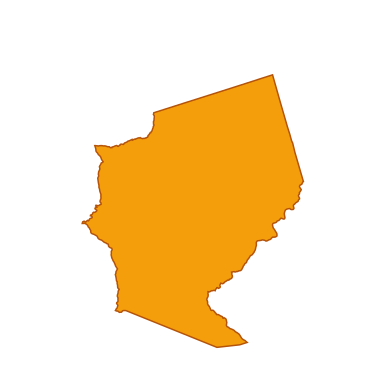 Rondon do Pará, Pará, Brazil (Albers equal-area conic projection), rotated 292°
{"feature_id": "56859067B15307403592374", "entity_name": "Rondon do Pará", "entity_type": "district", "adm_level": 2, "iso_a3": "BRA", "parent_name": "Brazil", "parent_adm1": "Pará", "projection": "albers", "projection_center": [-48.579, -4.482], "detail": "fine", "context": "isolated", "style": "filled", "palette": "amber", "viewbox_px": 384, "rotation_deg": 292, "n_neighbors": 0, "source": "geoboundaries", "source_scale": "gbopen_adm2", "svg_char_len": 5998}
<svg xmlns="http://www.w3.org/2000/svg" viewBox="0 0 384 384"><g transform="rotate(292 192 192)"><path d="M243.4,291.4L262.3,276.5L267.0,272.8L267.8,272.2L275.1,267.0L276.6,265.3L282.6,260.7L288.0,256.2L308.5,240.1L330.8,222.8L323.5,214.0L308.7,196.3L251.2,126.9L250.4,127.1L249.5,127.1L249.0,127.7L248.7,128.4L248.1,128.7L246.3,129.3L245.5,129.4L244.8,129.8L243.9,130.0L243.1,129.8L242.5,130.2L241.7,130.3L241.1,130.7L240.4,130.9L240.1,131.5L239.2,131.8L238.5,131.5L237.7,131.7L237.0,131.9L236.3,131.8L233.7,132.0L232.2,131.5L231.5,131.6L231.0,130.9L230.3,130.8L229.4,130.8L228.1,130.2L227.3,130.1L226.8,130.4L226.1,130.2L225.6,129.6L224.9,129.2L224.7,128.6L224.0,128.2L223.8,127.4L223.0,126.2L222.9,125.4L222.8,124.4L223.0,123.5L222.4,123.1L222.3,122.4L221.4,121.2L220.7,120.7L220.4,120.1L219.7,119.7L219.5,118.9L217.7,117.3L218.3,116.7L217.7,116.4L217.3,115.8L216.7,115.3L216.1,114.8L215.2,113.6L214.6,113.2L213.8,112.9L213.4,112.3L212.8,111.9L212.3,111.2L211.5,110.8L210.8,110.8L210.3,110.4L210.1,109.0L209.7,108.1L209.1,107.6L208.4,107.7L208.0,107.2L207.3,106.9L206.7,106.5L206.5,105.8L206.9,105.2L206.8,104.5L205.4,102.9L204.7,102.4L203.8,101.1L203.1,101.1L202.9,100.3L202.5,99.7L203.0,98.3L202.4,96.9L202.3,94.7L202.0,93.6L201.6,92.8L201.4,92.0L201.3,91.2L200.4,89.1L199.5,87.8L199.4,87.0L199.1,86.3L199.0,85.5L198.6,84.5L197.4,85.5L196.4,86.3L195.5,86.9L194.4,87.4L193.6,88.0L193.1,89.0L192.6,90.0L192.1,90.5L191.6,91.3L190.8,93.4L190.2,94.3L188.1,96.1L187.4,97.4L186.7,98.3L185.8,97.9L185.0,97.0L183.2,97.0L181.8,96.7L180.7,96.7L179.2,97.8L178.2,98.0L175.7,97.9L174.2,98.3L173.2,98.6L172.7,99.1L171.6,99.5L169.6,99.4L165.4,101.8L163.4,103.2L161.4,104.0L160.3,105.0L158.3,106.2L156.4,107.8L155.6,108.5L153.9,109.1L152.7,109.7L151.5,110.1L149.9,110.0L148.9,110.2L148.1,110.8L147.7,111.8L146.4,112.3L145.4,111.2L144.6,110.8L144.0,109.7L143.8,108.0L142.9,107.9L142.3,109.5L140.9,108.2L140.1,108.3L139.4,110.6L138.7,110.7L137.8,110.3L137.3,109.9L136.7,109.4L136.3,108.2L135.6,107.9L134.3,108.0L133.1,107.3L132.6,106.6L131.9,106.7L132.0,107.8L131.8,108.5L131.1,108.9L130.3,108.8L129.9,108.2L129.0,107.3L128.1,107.1L127.2,107.1L126.4,106.6L126.7,106.0L125.6,105.2L124.7,105.0L124.2,104.4L124.6,103.3L124.3,102.6L123.5,101.9L122.6,101.9L121.7,102.0L122.2,103.2L122.7,104.0L122.6,106.1L122.0,107.7L120.8,108.8L120.5,109.7L119.8,110.7L119.3,111.2L118.4,112.5L117.2,113.0L116.7,113.3L116.1,114.0L115.9,114.9L116.0,117.0L115.6,120.3L115.0,121.1L114.3,121.8L113.8,122.5L113.5,123.4L113.4,124.2L113.5,126.3L113.1,127.6L112.5,129.4L112.5,130.5L112.5,131.5L112.2,132.4L112.3,133.7L111.9,134.2L111.2,134.5L110.6,134.9L110.0,135.8L109.8,136.4L109.7,138.7L109.1,139.2L108.5,139.6L106.7,139.4L104.7,140.3L104.0,140.4L103.2,140.7L102.6,141.2L101.6,141.8L100.4,142.8L100.0,143.4L98.9,144.4L98.1,145.4L97.6,146.3L96.5,147.2L96.1,147.8L94.8,148.8L93.4,150.8L92.8,151.7L90.9,151.5L89.3,151.4L88.2,151.9L86.8,151.8L85.3,152.9L83.8,153.9L81.3,155.3L80.8,156.2L78.8,157.0L78.1,157.7L75.7,158.8L75.1,159.4L74.5,160.9L72.5,160.7L71.7,160.9L70.6,161.3L68.5,161.4L67.2,161.9L66.7,162.4L66.2,163.0L64.3,163.7L63.2,164.3L62.4,164.3L61.3,163.7L60.3,163.9L59.6,165.2L59.1,165.7L57.5,165.9L56.7,166.0L56.0,165.9L55.1,165.5L54.1,165.5L53.4,165.4L53.4,166.7L53.7,167.4L53.7,168.2L53.2,169.7L54.2,171.7L55.8,172.1L56.3,172.7L57.0,174.2L57.3,175.2L57.3,196.3L57.3,215.6L57.3,273.3L68.2,293.5L73.2,299.5L73.5,298.5L74.1,297.0L74.4,294.5L74.6,293.7L75.2,292.6L77.7,289.2L78.0,288.3L78.4,286.8L78.6,285.2L78.8,284.3L79.5,282.8L79.6,281.9L79.7,281.1L79.7,279.5L79.6,278.6L79.8,277.6L80.2,276.7L80.3,274.9L81.0,274.0L81.7,273.7L84.2,273.1L84.8,272.6L86.2,271.7L86.9,271.1L87.2,270.4L87.4,268.8L86.7,268.3L86.8,267.6L87.6,267.1L87.8,266.4L87.8,264.9L88.2,262.4L88.0,261.6L87.6,261.0L87.9,260.2L88.5,259.7L88.7,258.9L89.6,257.5L90.2,255.9L90.0,255.1L89.5,254.5L89.5,253.9L92.5,250.8L92.9,249.8L93.5,249.0L94.1,248.4L94.9,248.0L95.7,247.8L96.4,247.3L97.0,246.8L97.5,246.2L98.2,245.9L99.2,245.8L100.9,246.0L101.8,245.8L102.6,245.6L104.0,244.7L104.9,244.6L105.6,244.2L106.0,245.8L106.7,246.2L108.0,247.4L108.2,248.2L108.9,248.9L109.1,249.6L109.2,250.5L110.1,250.3L111.1,250.5L111.7,250.9L112.5,250.8L112.9,251.5L112.6,252.7L113.6,253.6L114.4,253.8L115.1,253.5L115.7,252.8L116.5,252.7L118.3,252.9L118.3,254.5L118.7,255.0L119.2,255.6L119.9,255.6L121.4,256.5L122.0,257.0L123.6,258.0L123.9,258.8L124.4,259.4L125.1,259.4L125.6,260.1L126.2,260.6L126.9,261.1L127.7,261.0L128.3,261.3L129.0,261.0L129.7,260.6L130.3,259.9L131.8,259.3L132.5,258.7L133.0,259.4L134.0,260.9L133.9,261.7L134.3,262.5L135.0,263.1L135.3,264.0L136.6,265.1L136.9,265.9L137.5,266.6L138.2,267.0L139.2,267.2L140.1,267.2L141.4,267.4L142.3,267.3L143.9,267.7L145.5,267.9L146.8,268.8L149.5,268.8L152.6,269.7L154.4,269.9L155.1,270.2L155.7,270.8L156.5,271.4L158.3,271.8L159.0,272.1L160.0,272.1L161.5,272.3L162.4,272.3L165.0,271.8L166.6,271.7L167.5,271.3L169.0,270.6L169.8,270.5L170.7,270.7L171.4,271.1L172.1,272.6L172.6,273.3L172.8,273.9L173.9,275.1L174.1,275.8L174.4,277.2L174.4,277.9L174.2,278.6L174.4,279.3L175.1,280.2L176.2,281.0L177.2,282.2L177.8,282.7L178.7,282.9L180.2,283.5L181.0,285.2L181.3,285.9L182.6,287.1L183.2,287.2L183.9,286.9L184.6,286.6L185.3,286.2L188.3,282.2L188.8,281.2L189.9,280.1L191.6,279.0L192.3,278.8L193.1,278.9L193.7,279.3L194.1,280.0L195.1,281.2L195.7,281.6L196.4,281.7L197.0,281.9L197.6,282.5L198.0,283.1L198.8,283.5L200.5,284.0L201.1,284.4L201.2,287.0L201.6,287.7L202.4,287.9L203.2,287.7L204.9,286.6L206.4,285.7L208.1,285.4L210.1,285.3L211.0,285.8L211.7,286.4L212.6,287.6L213.3,288.9L212.9,289.8L212.9,290.4L213.1,291.2L213.8,292.4L214.7,292.7L215.6,292.3L216.2,291.7L216.9,291.4L217.7,291.0L218.5,291.1L219.0,291.6L220.9,292.3L223.0,293.8L224.5,293.7L225.9,294.3L226.7,293.9L227.5,292.9L228.3,292.1L229.4,292.0L230.2,292.3L230.8,292.3L231.4,291.8L234.2,292.4L235.1,292.4L235.7,291.7L236.5,290.3L237.0,289.8L237.6,289.5L238.6,289.5L240.3,290.9L241.0,290.8L241.8,291.0L242.7,290.9L243.4,291.4Z" fill="#f59e0b" stroke="#b45309" stroke-width="1.5"/></g></svg>